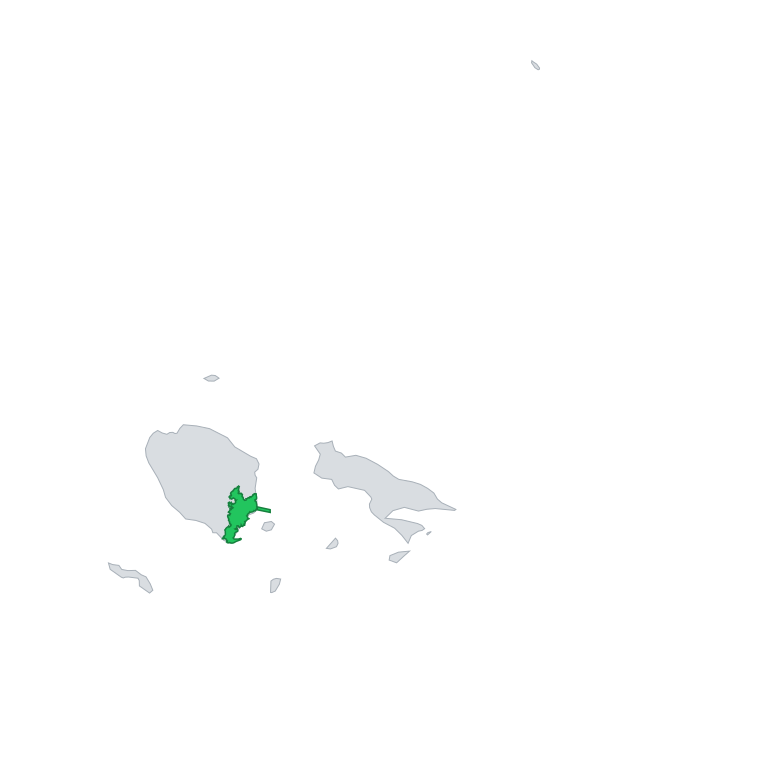 location of Tailevu, Central, Fiji, rotated 48°
{"feature_id": "14151628B48978228339800", "entity_name": "Tailevu", "entity_type": "district", "adm_level": 2, "iso_a3": "FJI", "parent_name": "Fiji", "parent_adm1": "Central", "projection": "mercator", "projection_center": [178.445, -17.83], "detail": "fine", "context": "in_parent", "style": "filled", "palette": "green", "viewbox_px": 768, "rotation_deg": 48, "n_neighbors": 0, "source": "geoboundaries", "source_scale": "gbopen_adm2", "svg_char_len": 7940}
<svg xmlns="http://www.w3.org/2000/svg" viewBox="0 0 768 768"><g transform="rotate(48 384 384)"><path d="M363.0,534.7L363.0,539.1L365.7,540.9L368.5,541.3L375.3,549.6L385.9,556.8L392.3,562.3L392.7,567.0L390.8,572.0L393.5,580.9L394.8,590.2L399.5,604.9L392.9,607.7L382.5,608.0L380.0,610.7L376.5,609.2L367.8,610.3L359.5,615.1L351.6,621.7L342.6,621.7L332.3,623.1L322.1,622.2L314.9,618.7L302.2,614.9L285.3,611.6L278.3,608.9L272.5,604.6L267.0,593.8L266.2,588.4L267.1,583.3L272.0,581.6L276.1,579.0L276.7,575.7L278.6,573.3L280.9,572.5L282.1,570.8L280.4,565.4L280.0,560.4L289.8,551.3L300.5,543.5L319.3,536.3L330.9,537.0L348.6,531.4L354.2,528.8L359.8,530.4L363.0,534.7ZM525.2,416.1L510.9,429.2L505.8,435.9L501.5,443.4L489.3,451.4L484.1,462.1L484.5,473.0L496.7,461.7L510.2,452.4L514.4,450.5L518.7,450.6L518.3,453.7L516.4,456.9L514.9,465.1L518.5,472.7L508.3,472.0L498.3,472.6L486.5,476.9L474.8,478.8L470.5,478.9L466.3,477.4L463.5,475.2L461.4,470.1L459.2,469.4L450.0,469.6L436.1,479.5L431.5,488.1L426.2,488.5L419.9,486.7L412.3,493.2L403.2,495.6L399.3,490.0L396.7,483.3L393.5,478.3L383.5,477.0L385.0,470.9L387.7,468.4L390.1,464.8L391.6,460.7L396.4,463.3L401.3,465.0L406.8,461.9L412.5,461.6L418.2,452.6L427.2,447.0L439.5,442.5L452.1,439.3L458.6,438.7L464.8,436.8L475.7,428.4L483.0,424.1L490.8,421.4L498.4,419.9L505.3,421.3L510.9,420.6L525.3,414.5L525.2,416.1ZM382.6,693.8L382.5,698.1L370.4,700.9L366.3,697.4L363.7,696.8L356.5,703.0L354.4,705.6L353.7,707.5L351.8,708.5L338.5,711.5L332.6,708.5L336.6,706.5L341.4,702.4L346.3,703.0L351.3,699.2L356.2,693.4L363.2,692.1L368.1,689.9L376.2,691.5L382.6,693.8ZM525.3,494.3L518.3,498.0L515.5,494.4L518.7,485.7L525.3,476.8L525.2,484.0L525.3,494.3ZM463.9,607.0L463.0,607.8L454.8,599.9L455.1,596.8L456.5,594.0L459.8,591.3L462.8,595.8L465.1,603.4L463.9,607.0ZM414.6,570.0L409.8,571.8L407.1,565.7L410.8,559.7L414.9,559.1L417.0,565.3L414.6,570.0ZM470.7,534.2L467.6,536.8L466.1,523.2L469.4,523.3L471.7,524.8L473.1,528.2L470.7,534.2ZM264.3,512.5L259.4,514.1L262.0,506.3L264.7,503.8L266.5,503.3L269.3,502.7L268.2,508.3L264.3,512.5ZM253.6,59.2L249.9,60.2L244.0,59.4L242.7,57.8L244.6,57.5L248.5,56.5L253.3,57.0L254.1,58.0L253.6,59.2ZM525.3,452.6L524.0,452.7L523.8,450.8L525.3,447.6L525.3,452.6Z" fill="#d9dde1" stroke="#a8b0b8" stroke-width="1"/><path d="M361.9,564.6L362.0,564.8L361.8,565.1L361.8,565.4L362.2,566.0L362.1,566.4L362.1,566.9L362.2,567.3L362.5,567.7L362.2,568.4L362.3,568.7L362.2,570.0L362.5,570.4L362.4,570.7L362.9,571.2L363.0,571.6L364.1,571.6L364.6,571.8L364.9,572.1L364.8,572.7L364.5,572.9L364.1,573.2L364.1,574.4L364.4,574.8L364.6,574.8L364.9,574.6L365.0,574.7L365.6,574.8L365.8,574.5L366.0,574.6L366.1,574.8L366.2,574.6L366.4,574.5L366.8,574.6L366.9,574.4L367.1,574.5L367.5,574.3L367.5,574.1L367.8,573.4L367.7,573.0L367.8,572.3L368.0,572.1L369.0,571.9L369.4,571.7L369.7,571.8L370.3,571.8L370.8,572.1L370.9,572.3L371.4,571.7L371.4,571.9L371.6,572.1L371.8,572.7L372.1,573.1L372.4,573.5L372.8,573.6L373.0,574.8L372.6,575.6L372.6,576.4L372.5,576.5L372.4,576.8L372.1,576.9L371.9,577.1L371.7,576.9L371.7,577.3L371.6,577.2L371.5,577.4L371.3,577.3L371.2,577.6L370.7,577.3L370.8,577.5L370.6,577.7L370.3,577.6L370.2,577.7L369.9,577.4L369.9,578.0L369.7,578.2L369.4,578.3L369.0,578.0L368.3,578.0L368.3,578.5L368.5,578.7L368.2,578.8L368.1,579.0L368.2,579.3L368.9,579.7L369.1,579.6L369.1,579.2L369.4,579.7L369.8,580.1L369.9,580.6L370.1,580.9L370.3,580.9L370.6,580.6L370.6,580.8L371.0,580.9L371.5,581.4L371.7,581.5L372.1,580.9L372.5,580.6L372.5,580.2L372.8,580.0L372.8,579.8L372.7,579.7L373.0,579.5L372.7,579.5L372.7,579.4L372.9,579.4L372.9,579.1L373.2,579.0L373.4,579.3L373.7,579.3L373.9,579.5L374.1,579.4L374.5,579.1L374.7,579.3L374.4,579.4L374.6,579.5L374.7,579.4L374.7,579.5L374.8,579.4L374.9,579.5L374.7,579.6L374.5,579.8L374.7,580.0L374.4,580.2L374.6,580.3L374.4,580.6L374.5,580.7L374.4,580.8L374.6,581.0L374.4,581.0L374.6,581.4L374.4,581.5L374.5,581.6L374.4,581.9L374.6,582.1L374.6,582.4L374.8,582.8L374.8,583.3L375.0,583.7L375.0,584.6L374.9,584.8L374.9,585.0L375.2,585.2L375.3,585.5L375.6,585.4L375.7,585.2L376.0,584.9L376.8,585.0L377.2,585.1L377.4,585.3L377.7,585.0L377.9,585.3L377.9,585.7L377.8,586.0L377.7,586.1L377.8,586.2L377.6,586.2L377.5,586.4L377.8,587.0L377.0,587.6L377.1,588.0L377.5,588.6L377.8,588.7L378.4,589.1L378.6,589.0L379.4,589.4L379.8,589.5L380.0,589.7L380.7,589.7L380.8,589.8L380.8,590.2L380.9,590.3L381.1,590.4L381.3,590.8L382.1,590.9L382.3,590.8L382.9,591.0L383.3,591.0L383.4,591.3L383.5,591.3L383.8,591.8L384.5,592.0L384.7,591.8L384.9,591.8L384.9,592.0L385.0,592.2L385.3,592.2L385.5,591.9L385.7,592.0L385.8,592.2L386.0,592.0L386.1,592.3L386.3,592.3L386.4,592.8L386.7,593.0L386.9,592.9L386.9,593.2L386.8,593.4L386.9,593.9L386.7,594.3L386.7,594.9L386.1,594.7L385.7,594.6L385.8,594.8L385.7,595.1L385.5,597.2L385.6,598.3L385.8,598.5L386.0,600.0L387.3,600.5L388.5,601.6L389.5,602.3L389.9,602.9L390.1,603.5L390.1,604.0L389.9,604.6L390.0,604.9L390.4,605.1L390.8,605.0L391.5,605.8L391.6,606.0L391.8,606.1L391.9,606.3L392.0,606.1L392.3,605.8L392.8,605.4L392.9,605.5L393.4,605.1L393.7,605.3L394.6,605.3L394.7,605.5L394.9,605.4L395.0,605.5L395.1,605.3L395.7,605.3L395.7,605.6L396.0,605.8L396.0,606.0L396.0,606.3L396.1,606.6L396.4,606.4L396.5,606.8L396.5,606.5L396.8,606.7L397.8,606.2L398.1,605.4L398.5,605.0L398.6,604.6L399.7,604.2L400.2,603.8L401.1,602.7L401.6,601.3L402.0,599.4L403.7,595.0L403.8,594.3L403.6,593.9L403.4,593.7L402.8,593.9L401.8,596.0L399.9,598.1L399.1,599.1L397.5,599.1L397.6,598.7L397.5,598.3L397.0,597.4L396.5,596.1L396.2,595.8L395.3,595.2L395.1,595.0L395.0,594.5L395.0,594.2L395.0,592.5L395.6,591.5L395.4,591.0L394.9,590.5L394.2,590.4L393.7,590.6L392.6,591.8L392.1,591.8L392.5,591.3L392.5,591.2L392.2,590.9L392.4,590.6L392.8,590.3L393.2,590.5L393.4,589.9L392.6,589.5L392.2,589.4L391.9,589.0L391.1,588.3L391.3,588.1L391.4,587.6L391.8,587.2L393.3,587.6L393.8,587.6L394.0,587.4L394.1,587.1L393.8,586.5L393.8,585.9L394.1,585.4L393.3,584.5L394.0,584.7L395.0,584.6L395.2,584.4L395.3,584.3L395.1,583.6L395.1,583.2L395.5,582.4L395.7,582.1L395.6,581.7L395.0,581.5L394.5,581.7L394.6,580.8L394.3,580.0L393.5,579.6L393.0,579.5L393.5,578.4L393.5,577.8L393.3,576.1L392.8,575.0L392.5,574.7L391.6,574.5L390.1,574.3L390.1,573.0L389.8,573.0L389.5,572.5L389.6,571.3L389.5,571.1L389.7,570.5L389.7,570.1L389.3,569.7L389.2,569.4L389.7,569.4L390.9,567.5L391.4,566.0L391.1,565.2L391.4,565.1L392.1,564.6L392.2,564.3L392.0,563.7L391.6,563.1L392.0,562.6L392.0,562.4L391.6,562.2L391.6,561.7L390.1,560.6L389.8,560.5L389.0,559.6L385.9,557.8L384.7,558.1L384.5,557.8L383.8,557.6L383.7,557.4L384.0,556.5L384.0,555.6L383.8,555.2L383.1,554.6L381.9,553.8L381.3,553.6L380.2,552.5L379.8,552.7L378.9,553.6L379.1,554.1L378.6,554.7L378.8,555.1L378.6,555.8L378.8,556.0L379.2,556.1L379.2,556.8L379.1,557.1L378.9,558.0L379.1,558.6L378.3,558.7L378.2,558.9L378.1,559.3L378.5,559.9L378.6,560.3L378.3,560.5L377.8,560.7L377.6,561.0L377.7,561.5L377.6,562.6L377.3,563.0L377.0,563.3L377.5,563.5L378.0,564.2L377.8,564.6L377.4,565.0L377.2,565.1L377.1,565.4L376.8,565.4L376.8,565.5L376.3,565.4L375.5,565.6L374.5,564.8L374.0,564.8L373.8,564.6L373.2,564.6L372.7,564.8L371.9,563.9L371.6,563.3L371.2,563.2L370.9,563.3L370.6,563.2L370.4,563.2L370.3,563.6L369.6,563.3L369.3,563.6L369.4,564.0L368.6,564.6L368.6,564.9L368.2,565.4L367.9,565.4L368.1,564.9L368.1,564.7L367.8,564.6L367.4,564.8L367.3,564.0L367.1,563.8L366.9,563.8L366.7,563.5L365.9,563.8L365.9,563.5L366.1,563.4L365.1,562.7L364.5,561.8L364.0,561.3L363.9,561.1L363.5,560.7L363.5,560.4L363.4,560.2L362.5,560.4L362.6,560.9L362.4,561.7L362.8,561.9L362.6,562.4L362.9,562.8L362.8,563.3L362.9,563.5L362.4,564.1L362.0,564.3L361.9,564.6ZM403.3,554.5L401.2,552.7L390.5,560.4L392.8,562.3L403.3,554.5ZM390.8,607.6L391.1,607.3L391.1,607.2L391.2,606.9L390.6,606.7L390.8,607.2L390.7,607.4L390.8,607.6ZM393.5,575.1L393.8,574.9L393.7,574.6L393.3,575.1L393.5,575.1ZM373.9,582.2L374.0,581.9L373.9,581.8L373.7,581.8L373.6,582.0L373.9,582.2Z" fill="#22c55e" stroke="#15803d" stroke-width="1.5"/></g></svg>